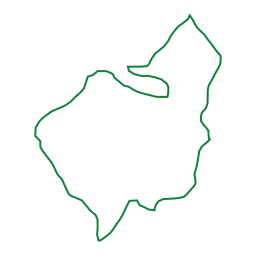 Shamkir District, Şəmkir, Azerbaijan
{"feature_id": "54616110B57585842497805", "entity_name": "Shamkir District", "entity_type": "district", "adm_level": 2, "iso_a3": "AZE", "parent_name": "Azerbaijan", "parent_adm1": "Şəmkir", "projection": "mercator", "projection_center": [46.075, 40.851], "detail": "fine", "context": "isolated", "style": "outline", "palette": "green", "viewbox_px": 256, "rotation_deg": 0, "n_neighbors": 0, "source": "geoboundaries", "source_scale": "gbopen_adm2", "svg_char_len": 1794}
<svg xmlns="http://www.w3.org/2000/svg" viewBox="0 0 256 256"><path d="M189.8,15.4L187.9,19.1L182.9,23.2L178.6,26.1L174.4,31.0L170.3,36.7L167.9,41.5L164.0,46.4L155.1,53.7L151.6,58.7L149.4,63.4L146.9,66.2L139.8,66.7L134.3,66.7L128.0,66.7L128.3,68.1L128.9,70.8L134.5,74.2L142.5,76.1L148.6,75.9L154.9,77.3L161.5,79.4L167.2,84.1L168.4,87.6L168.1,93.9L167.4,96.9L156.6,96.9L150.1,95.2L143.4,93.6L137.8,91.9L133.6,89.8L128.7,86.7L123.5,85.4L119.8,82.1L116.6,79.6L114.1,77.1L113.1,74.6L111.2,73.1L106.2,71.1L97.6,71.1L93.2,74.8L88.3,76.6L87.8,76.7L86.7,80.0L85.5,83.6L84.0,88.3L80.2,92.7L75.6,96.7L70.4,101.9L64.6,105.8L51.8,111.3L43.0,117.7L39.2,121.7L35.7,127.7L35.3,133.5L35.3,136.0L40.3,141.0L40.3,146.7L41.2,148.4L42.7,151.0L47.1,156.8L50.7,161.4L53.1,165.4L54.9,168.9L57.3,174.2L61.9,179.2L63.8,183.4L66.2,188.7L68.8,194.1L71.0,195.8L76.8,198.2L81.9,200.4L87.6,207.3L89.9,210.1L95.8,215.3L97.6,219.7L97.6,223.2L97.6,228.2L97.1,234.8L98.7,240.6L98.9,240.6L101.4,239.9L106.9,235.7L110.5,232.8L113.6,228.6L116.6,223.9L119.3,220.4L122.6,214.8L124.9,210.1L126.4,206.8L128.3,203.1L129.6,200.8L131.4,200.8L136.9,200.4L139.7,205.3L144.4,207.2L148.9,209.6L153.8,210.1L154.3,210.1L154.2,209.9L155.9,204.7L158.6,201.1L163.6,199.0L168.9,198.8L175.1,198.4L179.3,197.9L184.2,196.7L187.2,193.8L191.2,189.2L195.0,184.8L195.6,181.7L194.8,176.4L194.4,174.2L196.7,166.2L198.0,159.1L199.2,151.2L201.7,146.7L207.4,141.9L209.9,139.4L208.9,138.6L208.3,130.6L205.9,127.3L203.9,125.1L201.0,121.1L200.9,117.1L201.8,112.7L204.6,109.6L206.3,107.1L207.6,102.8L207.6,98.3L207.8,90.0L208.5,86.2L210.8,81.7L213.0,78.0L214.8,74.2L218.0,68.5L220.2,64.2L220.7,59.7L220.6,55.9L215.9,50.2L211.8,44.6L207.8,39.4L204.3,34.6L200.3,30.8L196.7,27.1L194.5,23.1L192.4,19.3L189.8,15.4Z" fill="none" stroke="#15803d" stroke-width="2"/></svg>